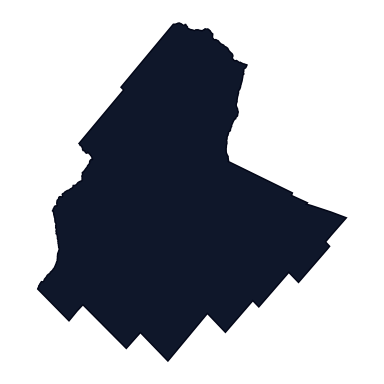 Salto, Buenos Aires, Argentina
{"feature_id": "61730980B64997833188567", "entity_name": "Salto", "entity_type": "district", "adm_level": 2, "iso_a3": "ARG", "parent_name": "Argentina", "parent_adm1": "Buenos Aires", "projection": "equal_earth", "projection_center": [-60.357, -34.249], "detail": "fine", "context": "isolated", "style": "filled", "palette": "ink", "viewbox_px": 384, "rotation_deg": 0, "n_neighbors": 0, "source": "geoboundaries", "source_scale": "gbopen_adm2", "svg_char_len": 5715}
<svg xmlns="http://www.w3.org/2000/svg" viewBox="0 0 384 384"><path d="M79.0,143.5L79.4,143.8L79.6,144.1L80.0,145.1L80.4,145.6L80.8,145.6L81.7,146.1L81.9,146.5L81.8,146.9L82.2,147.3L82.5,148.0L82.5,148.5L82.6,149.5L82.8,150.0L83.2,150.6L84.3,150.7L84.7,150.9L85.0,151.8L85.3,152.0L85.7,152.7L86.3,153.1L86.9,153.2L87.3,152.9L87.4,152.6L87.7,152.2L88.1,152.4L88.7,153.0L89.4,153.9L89.9,154.2L90.4,154.7L90.5,155.2L91.0,155.7L91.6,156.6L92.0,157.4L92.1,158.4L92.5,158.9L92.5,159.4L92.2,159.6L91.5,159.5L91.2,159.6L90.8,159.8L90.1,160.6L89.9,161.0L89.7,161.5L89.6,162.7L89.5,163.3L89.3,163.8L88.9,164.3L88.4,164.8L87.8,165.6L87.5,166.0L87.2,167.0L86.9,167.4L86.5,167.8L86.0,168.4L85.1,169.6L84.7,170.3L84.4,170.7L84.0,171.0L83.7,171.6L83.5,171.9L83.1,172.0L82.4,172.5L82.3,173.0L82.5,173.4L82.6,174.3L82.4,175.0L82.0,175.7L81.9,176.4L82.2,177.6L82.1,178.6L82.1,180.1L81.9,180.7L81.4,181.0L80.8,181.1L80.1,181.5L79.6,181.6L78.0,182.6L77.5,183.2L76.5,184.5L76.0,184.9L74.8,185.5L74.3,185.4L73.2,185.5L73.1,186.8L72.0,188.2L70.6,188.8L69.1,190.0L67.2,190.6L64.8,192.1L64.5,192.5L64.2,193.0L62.8,193.7L62.3,194.2L62.3,194.7L62.6,195.7L62.6,196.4L62.0,197.0L61.2,196.8L60.6,196.7L59.7,196.7L59.3,196.9L58.8,197.5L58.5,199.1L57.2,200.3L56.9,202.0L56.8,203.2L56.8,203.9L57.1,204.7L57.2,205.4L56.8,205.9L56.2,205.9L55.7,205.9L55.0,206.1L54.4,206.8L53.9,208.0L53.4,208.7L53.4,209.2L53.0,209.9L52.6,210.5L52.5,210.9L52.9,211.2L53.4,211.5L53.4,212.0L53.7,213.4L53.8,214.6L53.9,215.1L54.1,215.5L54.3,216.1L54.3,216.8L54.7,217.9L54.9,218.6L54.9,220.2L55.0,220.6L55.0,221.1L55.1,222.0L55.4,222.5L55.9,223.3L56.0,223.8L56.1,224.4L55.7,225.4L55.8,226.1L55.8,226.8L55.7,227.6L55.8,228.0L56.1,228.5L56.4,229.4L56.3,230.1L56.0,230.9L56.1,231.6L56.4,232.2L56.4,232.4L56.3,233.1L56.1,233.4L56.2,233.8L56.9,234.2L57.1,235.0L57.3,236.1L57.4,236.8L57.5,238.1L57.4,238.7L57.9,239.7L58.1,240.3L57.9,241.2L58.2,242.8L58.1,243.7L58.5,244.2L58.5,244.8L58.5,245.6L58.6,246.3L58.8,246.7L58.8,247.3L58.7,247.7L59.1,248.2L59.3,248.7L59.3,249.1L58.4,251.9L57.7,253.6L57.5,256.0L57.4,256.7L57.5,258.2L57.2,259.3L57.4,259.7L57.5,260.2L57.1,260.9L56.5,262.4L56.1,263.7L55.8,264.4L55.5,265.1L55.1,266.1L54.7,267.0L53.9,268.5L53.3,269.0L53.1,269.4L52.6,270.2L51.1,271.7L50.5,272.1L50.2,272.6L49.8,273.6L48.5,274.2L47.1,275.5L46.8,276.2L46.4,276.9L45.6,277.9L44.8,278.8L44.4,279.3L44.2,280.2L43.9,280.9L43.5,281.4L42.8,281.9L42.2,281.8L41.7,281.6L41.3,281.8L40.4,283.3L39.8,284.1L39.7,284.5L39.4,285.1L38.9,285.6L38.8,285.9L38.7,286.5L38.6,287.0L38.4,287.6L37.9,288.2L37.7,289.0L47.1,298.5L69.0,320.8L77.2,310.8L82.9,304.7L126.3,348.4L140.4,332.5L167.9,361.0L207.4,313.4L225.4,332.3L252.8,300.6L258.8,306.9L288.8,272.3L298.5,282.4L327.4,249.0L329.6,246.3L325.5,241.9L331.1,235.2L346.3,217.8L331.1,212.1L311.1,205.5L306.2,204.1L307.4,202.8L291.5,195.5L292.4,192.9L228.3,161.5L228.5,161.2L228.5,160.7L228.5,160.3L228.3,159.9L228.3,159.2L228.2,158.3L228.1,157.9L228.1,156.5L227.7,155.8L227.3,155.1L227.0,154.5L226.4,153.0L226.2,151.9L226.1,148.5L226.3,147.4L226.3,146.6L226.4,145.8L226.4,145.2L226.6,144.4L226.9,143.7L226.8,141.2L226.6,140.6L226.5,139.7L227.1,139.0L227.0,138.3L227.0,137.7L227.4,136.0L228.0,135.2L228.2,133.9L228.5,133.2L228.5,132.3L228.7,131.8L229.4,131.4L230.0,131.0L230.4,130.4L230.4,129.7L230.6,128.8L230.8,128.2L231.0,127.3L231.6,126.6L231.6,126.0L231.6,125.2L231.8,124.5L232.3,123.8L232.6,122.9L233.4,121.1L234.6,119.1L235.0,118.9L235.4,118.9L235.6,118.8L235.7,118.5L235.8,118.0L235.9,117.4L236.5,116.8L237.1,116.3L237.4,116.0L237.6,115.3L237.6,114.5L238.1,112.5L238.2,112.1L238.1,111.4L237.8,110.7L237.6,110.1L237.6,109.3L237.5,108.8L236.7,107.1L236.2,105.7L236.2,104.8L236.3,103.8L236.6,102.8L237.0,101.9L237.1,101.2L237.0,100.3L237.5,96.9L237.7,96.1L238.0,95.4L238.0,94.9L238.2,94.1L238.4,93.5L238.5,92.9L238.5,91.2L238.7,90.4L239.1,90.0L239.3,89.9L239.7,89.2L240.3,87.7L240.5,87.0L240.6,86.3L240.6,85.6L241.0,84.8L241.1,84.4L241.2,83.5L241.6,82.7L241.6,82.0L242.0,81.2L242.2,79.9L242.8,76.6L242.7,75.8L242.8,75.4L243.8,74.1L243.8,73.7L243.6,73.0L243.3,72.5L243.3,72.3L243.7,71.5L243.8,71.0L243.7,70.2L243.4,69.9L243.9,69.2L244.4,68.6L245.6,67.8L246.0,67.2L246.7,65.7L246.9,65.3L246.9,64.8L246.4,64.7L245.4,64.5L244.4,64.0L243.8,64.1L243.4,63.9L242.9,63.6L242.2,63.4L241.5,62.9L240.6,62.7L240.3,62.3L240.0,62.3L239.4,62.4L239.0,62.4L238.5,62.0L238.0,61.5L237.6,61.2L236.6,60.6L236.3,60.5L235.8,60.7L235.2,60.8L234.6,60.8L234.3,60.6L233.7,60.2L233.5,59.6L233.2,59.3L232.4,59.0L232.3,58.3L232.5,57.9L232.2,57.3L232.4,56.8L232.8,56.4L232.9,55.9L232.7,55.0L232.3,54.1L231.9,53.6L231.4,53.1L230.8,52.7L229.6,51.4L229.0,50.8L228.4,49.7L228.2,49.2L227.7,48.3L226.5,47.3L225.3,46.7L224.7,46.4L224.2,46.0L223.8,45.3L223.4,45.0L221.1,44.0L219.5,42.5L218.3,40.9L217.9,40.6L216.9,40.3L216.4,39.9L215.8,39.6L214.8,39.8L214.2,39.7L213.6,39.3L213.2,38.6L212.7,38.1L212.5,37.5L212.5,36.4L212.6,35.5L212.7,34.7L212.7,33.9L212.2,33.5L211.6,33.1L211.3,32.8L211.2,32.5L210.4,31.4L210.3,31.0L210.0,30.7L209.6,30.5L209.2,30.0L208.5,29.4L207.8,29.0L207.3,29.0L206.1,29.2L205.8,29.2L205.5,29.1L205.4,28.9L205.1,28.9L204.8,29.0L204.1,29.9L203.7,29.8L202.5,30.6L201.9,30.8L201.3,30.6L200.9,30.5L199.8,30.5L199.3,30.2L198.6,30.1L198.0,29.7L197.4,29.9L195.9,29.8L195.2,30.3L194.5,30.6L194.0,30.5L192.6,30.0L191.4,29.7L190.7,29.8L189.8,29.2L189.3,29.2L188.8,28.7L188.4,28.6L188.0,28.5L187.6,28.0L187.4,27.6L187.5,27.1L187.2,26.6L186.4,25.8L186.2,25.5L186.0,25.0L185.7,24.5L185.1,24.5L184.8,25.0L184.2,25.3L183.6,25.3L183.0,25.1L182.3,24.6L181.8,24.3L181.2,23.8L180.7,23.6L180.2,23.5L179.6,23.1L179.1,23.0L177.7,23.3L177.2,23.6L175.1,24.3L174.5,24.3L174.0,24.2L173.3,24.3L121.0,87.2L123.7,90.0L79.0,143.5Z" fill="#0f172a" stroke="#020617" stroke-width="1.5"/></svg>